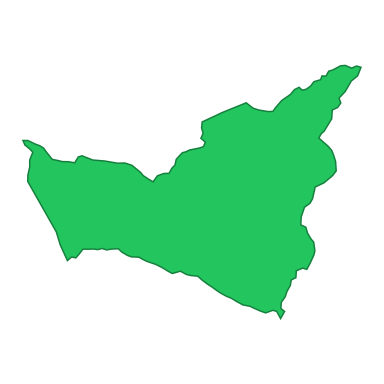 the district of Umari, Ceará, Brazil
{"feature_id": "56859067B43612992911559", "entity_name": "Umari", "entity_type": "district", "adm_level": 2, "iso_a3": "BRA", "parent_name": "Brazil", "parent_adm1": "Ceará", "projection": "robinson", "projection_center": [-38.728, -6.619], "detail": "fine", "context": "isolated", "style": "filled", "palette": "green", "viewbox_px": 384, "rotation_deg": 0, "n_neighbors": 0, "source": "geoboundaries", "source_scale": "gbopen_adm2", "svg_char_len": 2035}
<svg xmlns="http://www.w3.org/2000/svg" viewBox="0 0 384 384"><path d="M280.6,318.6L284.6,311.4L280.9,308.6L281.3,302.4L285.2,296.8L287.0,291.4L290.3,285.5L291.3,279.9L295.9,277.7L296.3,270.8L302.8,268.1L306.8,269.4L310.1,263.3L313.9,255.0L314.9,250.8L313.7,242.1L311.1,239.1L307.5,233.0L305.8,227.2L300.8,224.9L301.2,216.9L304.5,207.2L309.9,203.4L312.5,198.9L315.2,187.0L324.0,182.8L332.4,175.8L336.2,170.9L335.6,161.6L333.7,155.4L331.7,150.4L328.1,146.2L318.8,138.1L321.2,133.8L324.2,131.1L331.7,118.8L332.3,110.0L337.6,107.5L340.8,103.0L339.0,98.1L345.3,91.4L351.3,81.0L357.6,75.9L361.0,67.3L356.6,66.0L351.6,68.1L345.2,65.4L340.6,65.8L332.7,70.0L328.7,71.2L326.0,76.1L322.0,75.9L320.6,79.7L313.9,81.7L310.5,86.2L305.9,89.4L302.1,90.1L299.1,87.3L294.5,89.6L290.6,94.3L281.6,100.6L275.1,108.2L272.9,111.4L268.2,111.6L264.1,110.9L258.7,110.0L253.1,108.2L246.2,102.8L222.3,112.5L202.2,121.9L201.6,127.8L203.1,133.4L200.9,138.3L205.3,142.1L203.5,146.6L199.6,148.0L189.5,150.0L185.9,151.8L182.4,152.7L179.6,155.6L176.2,159.4L175.0,165.0L171.8,168.3L169.1,173.3L163.8,173.5L157.4,175.8L153.1,181.8L148.9,179.4L143.2,175.6L140.7,172.5L131.9,165.3L124.9,163.0L117.5,163.2L104.7,161.0L92.7,160.0L82.0,155.8L78.3,156.9L74.7,162.8L68.4,161.7L62.3,161.6L58.3,160.6L52.3,159.4L46.2,151.8L43.6,148.1L39.7,145.7L35.6,144.2L31.2,142.1L27.8,140.5L23.0,140.5L24.9,145.0L29.6,148.8L32.8,152.2L29.7,160.1L29.7,167.0L27.9,175.1L27.7,181.4L56.3,231.9L60.3,245.0L67.4,260.6L71.6,257.0L75.8,257.9L79.2,254.0L82.9,249.2L88.9,249.2L93.3,249.0L97.7,249.6L102.0,248.5L106.6,249.9L112.1,249.0L118.4,248.8L121.6,251.9L127.6,255.5L131.6,256.9L135.5,257.0L139.2,257.3L143.0,259.5L146.7,261.3L151.3,262.9L155.5,264.3L160.8,266.9L164.2,268.8L167.7,271.0L172.3,273.5L180.4,271.2L186.3,274.4L190.6,275.5L197.8,276.2L201.9,279.9L207.3,284.0L212.4,287.3L217.0,290.7L220.5,293.0L226.1,296.1L231.4,298.3L237.3,301.9L242.9,304.9L250.0,306.3L254.6,308.5L260.1,310.9L265.6,312.9L272.9,310.3L276.7,311.4L280.6,318.6Z" fill="#22c55e" stroke="#15803d" stroke-width="1.5"/></svg>